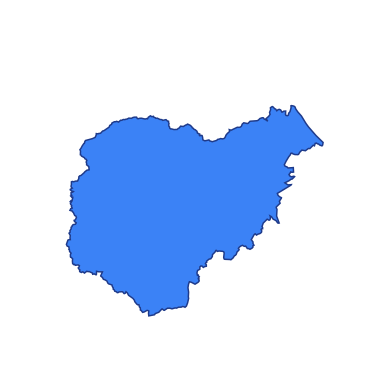 Amboasary-Atsimo, Anosy, Madagascar, rotated 242°
{"feature_id": "10022922B61088153240222", "entity_name": "Amboasary-Atsimo", "entity_type": "district", "adm_level": 2, "iso_a3": "MDG", "parent_name": "Madagascar", "parent_adm1": "Anosy", "projection": "mercator", "projection_center": [46.389, -24.509], "detail": "fine", "context": "isolated", "style": "filled", "palette": "blue", "viewbox_px": 384, "rotation_deg": 242, "n_neighbors": 0, "source": "geoboundaries", "source_scale": "gbopen_adm2", "svg_char_len": 6013}
<svg xmlns="http://www.w3.org/2000/svg" viewBox="0 0 384 384"><g transform="rotate(242 192 192)"><path d="M199.2,56.4L198.8,56.7L196.9,56.0L194.8,56.5L193.9,55.3L192.0,54.3L191.4,54.2L190.9,54.7L189.0,55.2L187.2,54.0L184.8,53.0L183.4,53.5L183.2,54.4L182.1,54.5L181.1,57.2L179.8,58.0L178.9,57.2L178.5,56.0L177.7,55.8L175.7,56.4L175.2,55.7L174.4,55.5L172.9,56.5L172.8,58.1L170.9,59.0L171.4,61.9L170.4,62.9L170.1,63.8L167.2,66.0L166.0,65.7L165.6,67.2L163.9,68.4L164.1,68.9L166.8,70.5L165.4,72.1L163.5,75.4L160.8,72.0L160.4,72.0L158.6,72.8L156.5,72.8L155.2,74.0L153.3,75.1L151.3,74.9L150.1,75.2L147.5,77.7L146.0,77.3L144.2,77.4L143.3,76.8L142.0,77.4L140.7,77.2L139.3,78.5L138.3,78.7L137.9,79.3L138.0,80.7L136.8,83.4L136.4,83.9L134.3,84.3L134.0,84.7L134.0,85.6L134.9,86.9L133.3,87.5L130.6,87.5L125.8,89.9L123.6,90.3L122.0,90.0L118.9,90.6L117.8,91.2L117.4,92.2L115.2,91.6L114.1,92.0L112.0,91.0L111.3,91.5L108.9,91.9L108.5,93.7L108.6,96.6L108.1,97.4L107.3,98.0L105.2,96.6L102.9,95.7L101.2,101.3L101.9,102.5L101.4,106.2L102.8,110.4L102.6,110.9L101.0,111.5L100.5,112.1L100.9,115.7L99.9,117.8L98.3,119.4L98.1,120.0L97.6,122.6L96.7,123.9L96.6,126.0L95.4,128.4L95.3,130.0L94.2,131.3L93.5,131.7L93.9,133.5L96.1,136.0L99.7,139.1L101.1,139.5L105.2,142.0L109.4,143.5L112.3,145.7L114.0,147.6L112.5,149.1L109.2,151.4L109.4,154.9L109.8,156.1L110.3,156.7L111.6,156.7L111.8,157.2L112.6,157.0L112.7,157.6L113.4,157.6L113.8,158.6L114.6,158.3L115.8,158.5L115.9,157.7L118.3,158.4L120.1,160.1L120.1,162.6L122.2,163.8L122.5,165.0L122.0,166.0L120.1,166.6L120.2,168.1L119.7,169.8L121.0,170.5L122.4,170.2L123.1,171.3L123.1,172.1L124.1,172.4L124.7,175.7L124.2,177.2L125.4,179.6L127.1,180.7L128.1,184.0L129.2,185.6L128.9,186.2L127.7,186.4L127.2,188.2L125.3,191.1L124.4,191.9L123.1,191.8L119.4,189.3L117.9,188.9L117.3,189.2L114.4,194.1L113.9,194.5L114.5,197.3L115.8,199.6L115.7,200.6L116.2,201.8L117.9,203.6L118.6,206.0L119.1,206.6L120.5,206.5L121.1,207.9L121.4,209.6L121.2,211.6L119.5,212.6L119.0,214.0L116.1,214.3L115.5,215.3L114.2,216.3L114.2,218.5L114.7,219.9L115.9,220.5L115.9,221.7L118.2,221.7L119.1,222.4L122.1,222.0L125.1,226.7L125.4,227.8L125.4,228.2L123.7,228.7L123.8,230.5L123.4,232.4L123.7,234.3L124.9,235.3L126.4,235.4L126.8,236.0L126.4,237.1L127.6,237.7L128.6,237.6L131.1,240.3L132.7,245.6L130.9,246.8L130.8,247.5L131.5,248.5L133.3,249.6L134.2,249.7L132.8,250.6L129.9,250.9L127.4,252.7L124.5,253.1L124.0,253.5L123.7,254.4L131.0,255.4L136.8,258.9L138.6,259.0L139.2,259.4L140.7,264.5L142.8,264.8L144.5,267.9L145.0,268.3L146.8,267.0L148.8,266.4L150.7,266.7L151.6,282.6L151.9,283.1L152.9,280.7L153.5,279.9L156.5,278.3L156.4,283.4L156.8,285.3L156.4,286.5L157.4,289.8L158.1,289.4L158.8,286.8L160.5,285.8L162.0,285.9L162.4,287.1L163.4,288.6L162.6,289.3L161.9,291.0L166.0,292.9L168.1,288.1L169.5,287.7L171.1,286.3L172.7,286.3L175.0,289.5L177.6,293.8L178.8,296.5L179.7,297.3L179.4,298.5L178.3,299.0L176.8,300.4L175.4,302.8L175.2,303.7L176.5,305.8L177.4,308.7L175.2,311.5L175.7,314.7L175.7,315.4L175.0,316.4L176.4,321.0L175.3,321.8L177.1,323.6L176.7,324.9L175.6,325.4L174.9,326.3L173.5,326.8L171.7,328.4L172.1,329.4L174.2,331.0L183.6,328.0L194.8,325.4L199.1,324.8L207.7,324.3L213.1,323.0L216.7,322.6L218.7,322.9L220.0,322.3L221.6,320.4L221.7,319.9L219.7,318.9L216.9,316.2L216.2,314.4L214.6,313.1L214.5,312.3L215.4,311.0L216.4,310.9L219.5,312.7L220.3,310.9L220.1,309.5L220.3,308.9L222.8,308.8L223.9,308.0L224.3,306.7L223.9,305.0L226.0,304.8L226.5,304.2L229.3,303.4L229.8,302.9L229.6,300.8L227.7,300.0L225.8,297.8L223.9,297.4L222.8,295.2L222.0,291.8L218.9,292.1L220.9,291.2L222.5,290.0L223.9,289.9L224.6,288.9L225.0,286.5L224.3,284.3L224.4,282.9L227.2,276.5L226.3,273.8L226.5,273.0L228.8,270.2L228.4,268.3L226.9,266.5L226.6,265.2L226.9,264.1L227.9,262.3L228.2,255.5L229.6,254.2L227.8,253.6L227.1,250.7L226.3,248.8L224.6,246.7L224.2,245.6L224.5,244.0L225.8,242.3L225.9,240.8L226.4,239.5L226.0,237.9L226.9,233.5L228.9,231.6L230.0,231.4L230.9,228.1L231.5,227.0L232.9,226.1L235.5,227.1L237.1,227.4L237.9,226.4L237.9,225.4L238.9,225.2L239.5,226.0L241.5,224.5L243.3,224.9L245.4,224.1L246.4,223.2L247.6,223.1L248.4,222.4L249.4,222.5L251.5,221.9L253.9,220.1L254.1,219.8L253.8,219.0L254.1,217.8L253.9,215.1L255.5,212.8L254.5,210.7L254.6,209.7L254.2,208.3L255.6,205.4L257.2,203.7L257.8,202.7L258.8,202.3L259.9,202.7L261.0,202.5L262.5,203.1L263.1,203.8L264.2,203.9L265.5,204.5L266.1,203.7L268.1,203.0L269.0,199.8L270.0,199.4L271.1,197.8L273.5,196.0L274.1,194.6L274.7,194.5L276.0,193.4L276.9,193.5L277.3,192.0L278.8,191.0L278.5,188.5L277.5,187.1L278.1,186.5L278.4,184.9L280.9,182.0L281.7,180.3L281.9,179.0L282.5,178.2L284.1,178.2L285.0,176.6L285.5,175.0L285.5,173.1L286.9,170.9L286.9,168.7L287.3,168.0L287.4,166.8L288.3,165.3L288.3,163.6L288.9,162.6L288.2,160.1L289.8,158.6L289.9,157.6L290.5,156.4L290.5,153.7L289.5,152.7L289.4,150.6L288.2,149.3L287.5,143.0L287.8,141.7L286.8,138.8L287.5,137.0L287.5,136.3L288.5,134.9L287.2,134.1L285.7,132.1L285.9,129.0L287.5,122.1L286.8,121.0L285.5,119.8L285.5,119.2L284.4,117.0L282.6,114.3L282.0,112.9L280.5,112.8L277.3,110.9L276.8,111.3L275.6,111.3L272.8,113.1L271.5,113.1L270.4,114.0L269.8,113.8L269.3,114.0L268.1,112.6L266.9,112.5L265.5,111.7L262.9,112.8L259.9,111.6L260.6,109.4L260.1,106.7L259.7,105.9L258.7,101.8L259.0,100.5L258.6,99.3L257.0,98.3L255.4,96.1L256.3,94.2L256.6,92.3L257.5,91.3L257.6,90.3L255.3,89.1L253.9,87.9L252.7,87.7L251.6,88.1L251.5,85.8L251.1,85.5L249.2,86.4L248.1,87.5L247.9,86.6L248.3,85.0L246.5,84.0L245.6,84.3L245.5,83.0L243.7,83.4L243.5,84.2L242.9,84.0L241.0,82.3L241.2,81.2L240.8,80.3L240.2,81.4L239.4,80.2L239.3,79.4L238.1,79.1L236.5,79.4L235.6,78.6L234.0,78.7L233.8,78.3L234.2,77.1L233.1,75.6L231.4,77.3L230.5,77.2L229.9,77.6L226.3,77.4L225.2,78.2L223.6,77.9L222.2,75.9L222.3,74.6L221.2,74.4L219.2,75.3L218.6,74.6L218.3,73.9L219.0,71.7L218.4,70.2L217.8,69.9L217.6,68.7L216.2,68.0L215.2,66.1L213.8,65.6L213.4,64.1L210.7,64.1L209.0,62.9L207.1,62.2L207.6,61.4L207.8,59.9L204.7,56.5L202.8,56.4L201.5,57.5L199.6,56.9L199.2,56.4Z" fill="#3b82f6" stroke="#1e3a8a" stroke-width="1.5"/></g></svg>